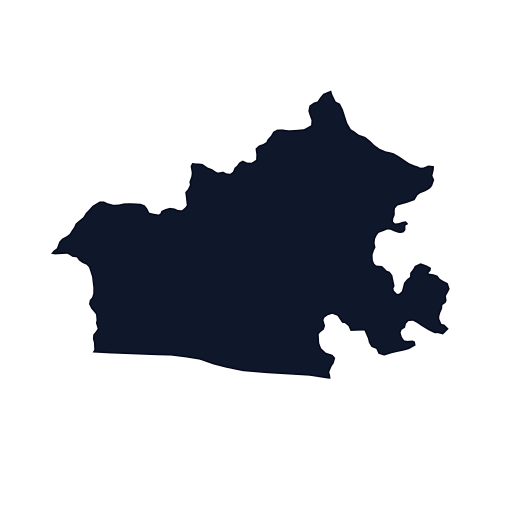 outline of Rehovot, HaMerkaz, Israel, rotated 254°
{"feature_id": "584046B25822139954764", "entity_name": "Rehovot", "entity_type": "district", "adm_level": 2, "iso_a3": "ISR", "parent_name": "Israel", "parent_adm1": "HaMerkaz", "projection": "robinson", "projection_center": [34.769, 31.885], "detail": "fine", "context": "isolated", "style": "filled", "palette": "ink", "viewbox_px": 512, "rotation_deg": 254, "n_neighbors": 0, "source": "geoboundaries", "source_scale": "gbopen_adm2", "svg_char_len": 3693}
<svg xmlns="http://www.w3.org/2000/svg" viewBox="0 0 512 512"><g transform="rotate(254 256 256)"><path d="M393.5,373.1L392.7,365.7L390.3,362.1L386.8,357.9L386.8,354.0L385.2,349.3L380.7,347.0L376.1,347.1L371.1,347.5L365.8,345.6L363.9,337.1L365.3,329.7L367.0,322.1L368.6,318.3L369.7,316.0L370.9,311.2L370.0,307.2L366.9,304.0L364.2,299.6L362.0,297.8L360.9,293.9L360.7,289.5L358.8,285.8L353.2,285.0L347.8,283.2L346.1,277.4L347.6,272.8L350.6,269.3L349.7,265.8L347.3,262.9L346.2,260.3L342.7,257.5L341.3,253.8L343.1,249.7L345.4,247.4L345.9,242.2L347.4,240.2L351.1,237.2L353.7,233.5L358.6,229.5L360.4,225.1L360.5,224.2L362.1,220.5L360.0,218.6L353.4,217.9L349.9,216.4L345.3,213.1L342.2,212.8L338.4,209.4L336.3,206.2L331.5,205.5L323.3,204.1L321.4,201.5L319.5,197.4L321.1,193.2L323.5,190.4L325.3,186.3L325.3,181.9L324.7,177.9L322.8,176.5L321.8,174.0L324.0,169.3L326.5,164.7L331.4,163.8L334.9,162.4L337.3,159.2L338.9,154.7L340.6,149.7L342.2,143.6L342.5,138.3L343.8,132.8L346.9,127.6L349.7,124.4L350.7,120.7L348.6,113.0L345.3,107.7L343.6,104.7L340.3,101.2L337.8,95.4L336.2,92.0L333.4,89.7L330.5,86.2L327.9,83.4L326.5,79.7L325.4,74.6L323.3,71.3L317.7,67.2L316.3,63.4L314.8,61.1L313.7,63.3L312.3,69.4L310.9,75.5L309.1,77.5L306.4,79.8L304.7,83.9L300.9,85.3L297.8,87.7L294.7,91.4L291.2,93.1L286.0,93.3L280.9,93.4L273.2,92.1L270.4,91.7L264.4,89.9L260.8,87.5L259.0,84.7L255.7,83.0L250.9,83.9L247.0,85.7L244.0,86.9L237.9,85.7L235.6,84.4L229.4,84.5L226.9,81.6L224.8,78.5L221.0,77.1L217.5,77.1L210.0,75.4L208.6,73.8L203.6,88.2L197.6,106.4L188.7,133.5L184.3,147.5L178.3,161.5L172.6,173.6L164.0,185.8L157.1,197.6L149.5,212.2L140.9,234.9L127.0,274.4L119.1,291.6L118.5,293.2L121.0,293.6L124.5,293.6L129.8,297.9L132.0,300.6L136.2,303.2L139.5,301.6L143.3,295.9L149.2,292.4L154.9,292.0L163.8,294.0L165.4,295.9L167.2,300.4L170.1,302.4L176.1,302.4L178.6,304.4L180.0,308.5L180.2,313.6L176.5,318.5L168.6,321.0L167.6,323.4L163.4,326.3L158.5,326.9L156.9,333.4L155.1,340.4L145.9,341.6L141.7,341.4L137.2,342.6L134.0,346.7L128.7,347.5L125.7,352.0L125.9,359.0L125.7,363.9L125.1,372.5L125.1,377.4L126.7,384.1L129.7,384.3L130.9,382.9L132.0,377.6L133.6,374.5L137.8,373.1L142.7,373.1L145.5,375.1L146.7,379.0L150.2,381.0L152.2,384.5L151.2,389.4L147.8,392.9L143.1,396.8L137.4,402.1L133.2,406.8L132.4,409.9L129.9,414.1L133.2,420.1L137.6,417.6L139.2,414.8L145.1,414.1L147.7,414.8L151.2,417.0L154.4,419.7L158.1,421.1L159.3,424.8L160.9,426.2L165.6,426.8L167.6,428.9L171.2,432.3L176.7,432.1L179.8,428.7L183.0,425.8L186.6,424.4L188.9,421.1L190.2,418.2L191.3,416.3L192.8,416.5L194.2,419.1L196.2,420.1L198.9,417.4L200.7,415.1L202.9,412.0L202.0,406.3L199.6,404.0L196.8,400.2L192.8,398.9L191.5,395.3L188.9,391.5L184.8,389.1L181.3,387.0L179.5,383.2L180.1,380.6L184.3,378.3L187.1,378.3L189.2,380.2L194.8,380.6L199.8,381.0L203.6,379.5L205.5,376.9L207.9,375.7L211.0,373.9L212.1,371.0L213.2,368.3L216.0,366.7L219.9,366.4L225.4,367.7L229.5,370.5L231.6,372.5L235.9,372.8L240.0,374.5L243.1,377.2L245.2,380.0L245.6,385.5L246.1,389.6L244.8,393.0L242.6,395.5L239.9,399.3L239.0,401.2L238.8,404.1L240.1,406.1L244.7,407.4L245.3,410.1L247.4,409.1L247.7,406.7L247.5,402.1L248.3,398.0L251.3,396.4L254.5,397.6L257.5,400.0L261.1,401.0L264.0,402.1L266.3,405.8L266.2,415.5L266.7,423.5L270.5,427.5L271.8,430.9L272.3,436.3L273.1,439.7L273.9,442.0L275.4,444.1L280.2,447.5L284.7,446.9L290.2,450.0L292.9,450.9L294.7,446.6L294.1,441.3L294.9,437.9L297.1,435.5L298.6,433.1L302.4,428.3L306.9,424.5L311.5,420.7L316.1,416.3L318.1,413.1L320.3,408.9L324.6,403.7L328.7,400.5L329.2,400.0L334.5,397.0L339.8,393.3L343.8,387.6L348.7,383.9L351.3,381.4L358.6,379.6L372.6,379.2L378.9,378.0L382.1,374.5L390.2,373.1L393.5,373.1Z" fill="#0f172a" stroke="#020617" stroke-width="1.5"/></g></svg>